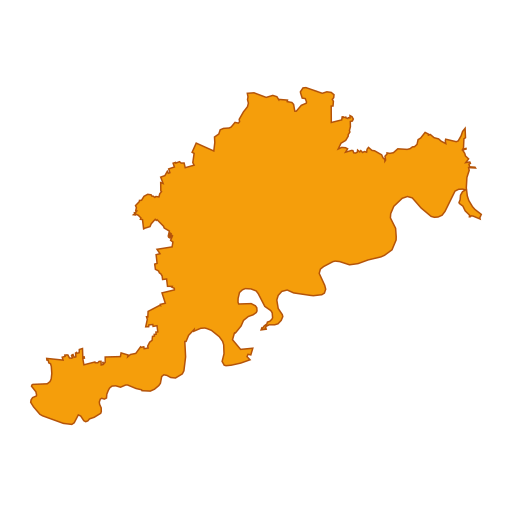 Cosamaloapan de Carpio, Veracruz, Mexico
{"feature_id": "50627088B77011733949691", "entity_name": "Cosamaloapan de Carpio", "entity_type": "district", "adm_level": 2, "iso_a3": "MEX", "parent_name": "Mexico", "parent_adm1": "Veracruz", "projection": "albers", "projection_center": [-95.972, 18.282], "detail": "fine", "context": "isolated", "style": "filled", "palette": "amber", "viewbox_px": 512, "rotation_deg": 0, "n_neighbors": 0, "source": "geoboundaries", "source_scale": "gbopen_adm2", "svg_char_len": 6047}
<svg xmlns="http://www.w3.org/2000/svg" viewBox="0 0 512 512"><path d="M142.0,390.7L150.3,391.1L154.5,389.2L158.8,385.6L160.4,383.3L161.7,376.5L163.8,374.8L166.9,375.4L170.7,377.5L175.5,378.0L182.3,373.9L183.9,370.8L185.6,356.9L184.8,341.5L186.1,341.4L188.6,335.3L194.1,329.5L193.9,331.2L200.7,328.3L204.8,328.0L207.0,328.6L211.5,330.4L219.3,336.7L222.6,341.3L223.7,344.9L224.0,353.8L222.1,361.4L224.2,365.2L226.0,365.7L231.2,365.2L240.7,363.1L250.0,359.8L247.0,356.6L248.0,354.3L250.8,354.9L252.8,348.2L240.6,349.4L232.5,339.7L234.3,333.4L234.6,332.8L235.4,333.0L241.1,326.0L243.5,320.4L248.3,316.5L253.1,314.8L256.3,312.5L257.0,310.9L256.8,307.8L255.4,305.8L251.2,303.6L238.7,304.0L238.0,302.2L238.1,298.4L239.5,292.5L242.4,289.8L245.2,288.6L250.9,288.9L256.1,290.9L258.2,293.6L264.8,306.4L270.8,310.6L272.2,312.8L272.6,317.8L271.9,319.2L269.9,321.2L267.4,322.1L266.9,323.9L264.2,325.9L262.6,328.1L261.9,327.8L261.1,329.9L266.2,329.2L265.9,328.2L265.2,328.4L266.4,325.6L266.6,326.1L269.2,324.8L274.6,324.8L278.0,323.8L281.2,320.4L282.8,316.6L282.3,314.6L278.2,308.5L276.8,300.0L278.2,295.4L281.8,291.4L287.2,290.0L293.6,292.9L310.5,295.4L313.4,295.7L321.8,294.7L324.4,293.1L325.7,289.2L324.7,285.3L319.2,273.4L320.4,269.1L323.7,266.5L333.0,261.6L335.2,261.1L339.7,261.6L349.5,264.8L358.1,263.6L368.2,259.9L380.9,256.9L384.5,255.3L392.0,249.8L396.1,240.0L396.2,236.8L395.6,228.3L390.4,217.9L390.7,213.6L393.8,206.3L402.2,198.3L407.4,196.5L412.3,197.9L421.1,208.0L431.1,216.4L434.4,217.3L438.1,217.0L442.1,215.2L445.0,211.4L455.0,191.1L458.6,189.3L462.5,189.1L465.6,189.8L462.5,191.7L460.5,195.2L460.1,199.9L459.0,202.5L459.4,203.5L462.9,206.1L465.2,210.9L469.5,215.1L469.4,216.8L470.5,216.7L471.1,215.8L473.1,216.1L480.1,219.0L479.8,217.8L481.3,214.4L474.9,209.4L472.5,206.7L468.8,200.5L467.3,195.9L466.3,187.9L466.9,177.5L469.2,170.4L468.6,167.6L475.5,168.0L475.0,167.2L469.7,166.8L468.9,164.2L470.4,163.4L469.8,162.0L465.7,162.6L468.6,158.9L465.5,156.0L464.7,153.3L462.6,150.1L466.1,149.0L466.0,148.4L462.7,149.3L463.5,147.9L463.9,138.8L465.5,137.7L465.1,128.3L462.6,131.4L461.1,135.8L458.2,140.9L456.3,141.7L445.7,139.2L445.3,140.9L445.8,143.6L441.2,141.2L438.6,138.9L434.1,137.7L430.3,134.5L428.5,135.1L428.6,134.2L425.1,132.4L420.7,138.0L418.1,139.6L417.0,144.4L414.5,146.7L412.4,146.9L410.0,148.7L407.2,149.4L397.8,148.8L393.4,152.7L389.9,153.4L387.0,152.9L387.0,154.1L385.0,156.2L385.6,160.1L384.9,161.2L384.8,159.4L383.1,158.0L381.6,154.8L374.6,150.8L371.9,150.4L368.5,147.4L367.1,149.2L366.6,152.2L364.5,151.5L362.6,152.5L360.8,150.6L359.7,151.9L357.6,150.1L357.4,152.1L355.5,153.1L353.7,152.8L352.9,150.6L351.7,150.4L345.5,152.2L347.6,148.8L345.5,147.7L341.7,147.4L338.2,149.0L341.0,143.2L345.7,140.4L348.2,136.2L348.2,134.7L349.9,132.0L349.4,130.6L350.4,126.7L350.3,121.5L352.4,121.0L353.3,119.0L352.0,116.7L350.0,115.6L350.0,117.9L348.4,117.7L347.8,118.5L346.0,117.9L345.8,117.1L343.1,117.6L343.1,116.8L342.2,116.8L341.7,119.9L331.3,122.5L331.2,106.1L333.0,106.0L333.4,101.4L332.3,99.3L333.7,97.7L334.0,94.7L331.2,92.4L326.8,91.8L322.3,93.3L305.9,87.6L303.0,87.9L300.4,91.8L300.6,93.1L302.2,98.1L305.3,98.6L306.5,101.9L306.3,103.2L301.3,105.3L296.3,111.2L294.8,111.2L293.6,104.4L291.9,102.5L287.2,101.6L287.5,100.1L279.1,99.4L278.9,99.9L276.9,96.7L272.8,95.4L266.2,97.4L254.0,92.8L247.3,93.3L248.0,96.9L247.5,99.6L248.4,103.1L247.5,106.7L243.5,111.8L239.2,119.3L239.6,121.7L238.4,123.1L235.0,122.4L231.2,127.0L229.2,128.0L223.5,128.4L220.2,129.8L218.8,134.0L214.5,137.0L214.8,142.5L213.8,151.0L196.2,143.1L192.1,152.3L194.1,153.4L192.8,162.6L194.1,165.2L185.2,167.7L184.1,163.0L181.2,163.1L179.5,161.7L175.8,163.1L175.5,162.4L173.1,163.2L174.4,167.0L168.7,168.9L169.9,172.7L168.3,173.3L167.3,171.3L164.9,175.6L160.7,177.1L163.1,183.5L160.7,182.6L160.8,190.8L161.5,191.6L159.8,193.7L158.9,196.9L155.9,196.5L154.8,197.4L153.3,196.2L152.0,196.2L151.1,194.8L147.7,194.3L144.0,196.3L141.5,200.3L139.5,200.4L139.4,201.5L135.5,205.6L136.4,207.6L135.7,210.8L136.8,211.0L135.3,212.9L134.6,212.8L134.9,213.5L133.5,214.7L135.5,215.0L136.1,214.3L138.3,215.3L140.9,217.9L140.4,219.3L142.5,219.6L143.7,229.7L143.6,228.6L150.0,226.6L151.2,223.8L155.2,219.3L156.2,220.4L157.1,219.7L163.5,226.2L164.2,228.0L169.4,231.1L168.1,236.7L170.1,233.0L171.1,233.6L168.8,237.3L169.9,237.9L171.5,235.0L172.5,235.8L170.6,240.3L172.9,242.0L172.1,246.9L157.0,249.3L160.0,253.7L156.1,254.7L157.1,263.4L154.7,264.1L155.4,269.3L158.5,270.9L159.4,272.9L160.7,273.7L162.1,275.9L162.6,279.5L166.6,279.0L167.5,286.3L172.2,286.4L171.8,287.1L174.3,288.3L174.4,289.9L162.0,292.9L165.3,303.2L160.3,304.4L160.5,305.5L160.0,305.2L148.1,311.4L147.8,317.6L147.5,316.6L146.5,316.7L147.3,319.4L145.7,326.8L148.7,326.7L148.9,324.9L151.0,324.7L152.8,324.5L153.1,326.4L157.0,325.7L157.8,331.9L155.9,332.1L156.2,334.2L154.2,334.4L154.4,336.1L152.5,336.4L152.1,340.3L149.7,342.1L147.7,346.0L148.1,348.0L144.2,348.7L143.8,346.8L141.2,347.3L140.6,346.8L135.8,353.4L130.4,354.5L127.7,356.8L128.1,355.0L121.1,352.9L120.4,356.6L105.2,357.0L105.2,362.2L103.9,363.7L102.7,361.8L103.2,364.5L101.2,365.0L101.0,361.3L99.1,361.4L97.8,362.8L95.2,362.8L94.9,362.0L83.9,364.8L82.8,358.6L84.4,358.1L84.1,356.8L82.8,357.1L82.5,348.5L79.3,349.5L79.2,352.7L76.7,353.4L76.5,352.5L75.5,353.1L75.9,356.8L74.2,357.3L73.0,354.5L72.2,354.8L72.5,355.4L71.6,355.7L72.5,357.8L71.6,358.2L69.5,358.0L67.9,355.0L66.8,354.9L64.8,355.1L65.1,356.4L62.2,357.2L63.1,360.1L46.7,358.4L46.9,360.1L48.2,360.3L48.8,362.9L50.5,363.7L51.3,366.3L51.8,373.5L51.2,379.0L50.0,381.6L47.2,383.8L32.8,384.4L31.9,385.0L31.5,386.2L35.9,391.8L36.6,395.0L36.3,396.0L32.6,397.6L31.1,399.8L30.7,402.3L33.5,406.8L39.9,414.3L42.5,415.8L63.4,423.4L71.8,424.4L74.2,422.8L78.3,414.9L80.7,416.0L83.8,420.7L85.7,421.7L87.8,420.9L89.5,418.9L94.2,417.3L100.7,413.3L101.3,411.6L101.2,407.9L99.6,404.3L99.3,402.0L100.3,399.1L101.7,398.3L104.4,399.1L106.5,398.0L106.8,394.2L108.3,390.4L109.6,388.0L112.0,386.1L115.7,385.8L120.5,387.2L125.7,385.0L127.6,385.0L136.0,388.5L141.6,389.8L142.0,390.7Z" fill="#f59e0b" stroke="#b45309" stroke-width="1.5"/></svg>